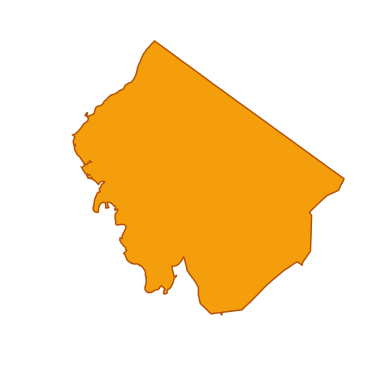 Limanu, Constanta, Romania (Mercator projection), rotated 219°
{"feature_id": "2599482B33389686474372", "entity_name": "Limanu", "entity_type": "district", "adm_level": 2, "iso_a3": "ROU", "parent_name": "Romania", "parent_adm1": "Constanta", "projection": "mercator", "projection_center": [28.522, 43.777], "detail": "fine", "context": "isolated", "style": "filled", "palette": "amber", "viewbox_px": 384, "rotation_deg": 219, "n_neighbors": 0, "source": "geoboundaries", "source_scale": "gbopen_adm2", "svg_char_len": 6016}
<svg xmlns="http://www.w3.org/2000/svg" viewBox="0 0 384 384"><g transform="rotate(219 192 192)"><path d="M82.3,298.0L101.4,296.9L153.0,294.2L166.1,293.4L172.6,293.1L174.2,293.1L222.5,290.4L235.7,289.8L242.2,289.3L248.8,289.1L271.2,288.1L281.8,287.5L294.9,286.9L316.2,285.8L316.2,284.5L316.7,280.8L316.6,279.8L316.6,277.8L317.0,274.9L316.9,273.1L316.7,271.5L316.6,268.5L316.0,266.5L315.4,264.1L315.2,263.1L314.8,262.3L314.3,261.0L314.1,259.5L313.2,256.3L312.7,254.8L310.3,250.0L309.3,247.4L308.6,244.7L308.2,241.3L308.3,239.7L308.4,238.8L308.8,238.0L309.6,237.2L310.7,234.2L310.9,233.3L310.9,232.6L310.8,231.7L310.3,229.6L310.3,228.9L310.4,228.4L311.9,225.6L312.3,225.0L312.4,224.6L312.4,223.7L312.7,222.3L313.3,220.8L313.5,220.5L313.9,219.4L314.6,218.3L314.9,218.1L315.1,217.8L315.9,216.3L316.2,215.3L316.2,214.6L316.5,214.0L316.6,211.7L316.7,210.9L316.8,209.1L316.9,208.7L317.2,208.2L317.3,207.6L317.3,206.8L316.8,204.2L316.9,203.4L317.6,201.2L319.4,199.1L319.7,198.4L319.8,197.7L319.7,196.9L319.5,195.9L319.0,194.8L317.9,192.4L317.7,191.6L317.9,190.5L318.1,189.7L318.8,188.2L319.8,186.3L320.7,185.6L321.1,185.5L322.2,185.6L322.5,185.7L322.7,186.0L322.7,186.5L322.9,186.9L322.6,187.1L322.7,187.5L323.1,187.7L323.6,187.2L323.6,186.2L323.1,184.2L322.5,184.5L321.4,184.6L319.6,184.4L319.4,184.3L318.4,183.2L318.2,182.8L318.0,181.6L317.9,180.7L318.1,179.6L318.5,178.5L318.9,177.1L319.0,176.4L318.6,171.6L318.7,167.8L319.3,163.4L320.7,161.3L317.9,161.2L316.1,156.3L313.0,154.0L312.5,154.8L312.6,155.2L311.9,154.8L312.3,154.7L312.8,153.9L312.0,153.3L309.8,151.1L309.0,150.6L304.5,148.8L302.9,148.6L301.4,148.7L295.5,146.8L292.5,145.5L290.2,151.5L290.3,151.8L290.6,151.9L288.6,152.5L289.5,152.0L289.9,151.2L292.6,143.7L292.6,142.0L293.4,141.7L287.0,139.3L286.3,139.2L282.3,140.9L281.9,141.2L281.8,141.6L281.6,140.5L281.8,140.8L282.1,140.8L285.1,139.5L285.0,139.2L284.7,139.1L284.7,138.9L283.5,138.5L283.6,138.3L281.4,137.5L281.4,137.4L281.1,137.4L280.4,138.5L279.5,139.6L279.1,140.4L278.9,140.3L279.6,139.1L279.3,138.6L277.8,139.3L276.0,139.6L275.1,139.5L272.9,139.6L271.5,139.2L270.8,139.2L270.0,139.0L269.6,139.0L269.3,139.4L269.3,139.8L269.6,140.9L269.6,141.9L268.6,143.7L268.3,144.0L267.6,144.1L267.3,144.7L266.9,144.8L266.5,145.0L266.4,144.9L266.2,144.7L266.2,144.3L266.4,143.5L266.5,142.3L266.6,141.7L266.8,141.3L266.9,140.9L266.7,140.1L265.9,138.2L265.8,137.9L266.3,137.1L266.3,136.8L266.1,136.2L265.9,135.9L265.2,135.3L264.4,135.3L263.8,134.8L263.7,134.3L263.9,133.5L264.6,133.1L264.8,132.9L265.0,132.5L265.0,131.9L264.4,130.1L264.3,129.4L263.7,127.1L262.6,124.2L262.3,123.7L261.4,122.7L261.1,121.8L260.6,121.2L260.1,120.0L259.5,119.1L259.4,118.4L259.0,117.6L258.4,116.7L257.7,116.2L255.8,115.4L255.1,115.5L253.4,116.1L252.3,116.9L252.2,117.1L252.9,118.6L253.5,119.2L254.5,121.1L255.1,122.5L255.4,123.3L255.6,124.4L255.7,126.1L255.5,126.6L255.2,127.1L253.8,128.6L253.0,129.1L252.8,129.1L252.5,128.9L251.7,128.3L250.9,127.4L249.8,126.5L249.3,125.7L249.2,125.4L248.7,125.4L246.8,127.6L246.9,127.8L247.3,127.8L247.9,128.0L248.8,128.4L249.7,129.4L250.8,129.8L251.3,130.3L251.2,130.8L250.2,131.6L248.9,132.3L247.5,132.5L243.8,132.1L243.4,132.5L242.6,132.7L242.0,132.2L241.7,131.5L241.5,130.6L241.2,130.0L240.1,129.4L239.8,130.9L239.5,131.5L239.3,131.7L238.7,131.7L238.4,131.5L237.7,129.1L237.8,127.0L237.5,126.1L237.0,125.7L236.5,124.6L234.0,122.1L233.6,121.7L232.7,121.2L231.9,120.3L231.7,119.5L231.2,119.2L230.5,119.0L229.8,119.1L228.6,119.8L228.4,120.3L226.6,122.2L225.2,123.4L224.3,123.9L223.3,124.0L222.2,123.9L221.8,123.8L221.2,123.1L220.6,121.8L220.0,119.6L219.5,117.4L219.3,115.9L218.9,114.4L218.5,113.5L217.3,112.8L217.1,112.4L217.3,111.9L217.6,111.6L218.0,111.4L218.5,111.5L219.0,111.0L218.2,109.7L217.5,109.0L214.8,107.9L210.8,107.0L209.7,107.2L209.1,107.1L208.6,106.9L207.9,106.0L206.9,105.7L206.0,105.7L206.5,101.3L205.7,101.4L204.7,101.1L203.8,100.8L201.8,99.4L201.4,99.4L200.8,99.0L200.5,98.7L198.9,98.2L198.0,98.1L194.7,98.5L194.4,99.1L194.1,99.0L194.0,98.6L193.7,98.6L192.7,99.2L191.4,99.8L190.0,101.2L189.5,101.5L188.7,101.7L187.9,102.1L187.6,102.2L186.6,101.7L186.3,101.7L185.8,102.6L185.5,102.7L185.1,102.8L182.6,102.3L179.2,101.3L178.6,101.0L177.2,99.7L176.3,98.6L176.1,98.2L174.0,96.7L173.7,96.4L173.7,96.5L172.5,94.9L171.1,93.5L170.6,92.9L170.3,92.4L169.4,90.1L168.6,88.5L167.5,87.1L166.9,86.6L166.1,86.2L164.2,86.0L163.0,86.2L162.5,86.4L162.2,87.1L161.9,87.3L161.2,87.4L160.8,87.7L160.5,88.1L159.8,89.7L159.7,90.5L158.8,92.6L157.9,93.9L157.0,94.8L156.8,95.1L157.0,98.4L156.8,99.7L155.9,99.8L152.2,99.7L151.4,96.9L151.1,96.4L150.4,95.9L150.2,95.2L149.1,95.5L148.9,95.9L148.0,97.0L147.8,97.4L148.2,97.7L148.3,98.0L148.3,98.4L149.3,99.6L149.5,100.4L149.4,100.8L149.0,101.3L148.7,102.3L148.6,103.0L148.6,104.3L148.7,105.4L149.8,109.8L151.5,113.7L151.5,114.5L151.4,115.0L151.4,115.5L151.2,116.3L151.2,116.7L151.4,117.3L151.6,117.3L151.8,116.6L152.5,115.4L152.8,115.2L153.1,115.3L155.3,117.1L158.0,119.1L160.8,121.4L159.1,123.3L158.1,124.7L157.2,126.6L156.9,128.5L157.1,133.5L157.7,135.9L157.6,136.2L155.4,135.0L148.5,129.8L146.1,127.7L144.5,127.5L143.6,127.1L142.5,126.8L141.6,126.4L140.4,126.3L138.5,125.7L136.4,125.4L134.8,124.7L133.4,124.5L127.6,122.2L125.9,120.6L122.9,116.7L122.1,115.9L120.1,114.5L117.0,111.7L115.7,111.0L115.2,110.6L101.9,109.4L100.4,109.4L100.2,109.4L99.4,110.5L94.8,115.5L94.6,115.5L94.0,116.0L92.3,115.3L91.8,115.2L91.5,115.5L93.0,117.3L79.0,131.9L78.4,137.7L77.5,143.2L75.2,168.5L74.9,168.9L74.0,174.3L71.5,187.2L71.4,187.5L71.4,188.2L70.4,191.5L69.7,193.1L69.2,194.9L69.0,195.3L68.7,196.9L67.1,202.2L66.3,203.7L66.1,204.0L65.6,204.1L60.5,204.4L60.4,204.6L60.9,205.3L61.3,205.9L61.7,207.1L61.9,209.3L62.6,219.3L62.7,220.0L63.0,220.9L63.6,221.8L73.5,234.9L74.9,236.7L75.5,237.4L83.5,248.0L84.0,248.6L85.4,249.4L86.6,249.8L87.0,249.8L87.7,249.6L87.8,249.8L87.9,250.2L87.6,253.5L86.9,260.0L85.1,273.1L84.7,274.4L80.3,283.3L79.4,285.2L79.3,285.6L79.3,285.9L80.9,292.2L80.9,292.4L80.8,293.2L81.8,296.7L82.3,298.0Z" fill="#f59e0b" stroke="#b45309" stroke-width="1.5"/></g></svg>